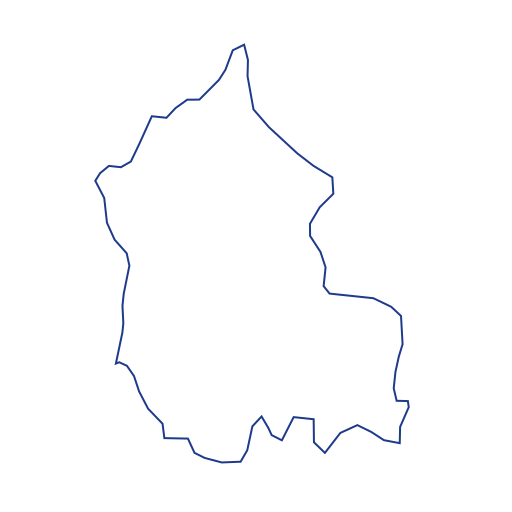 Pyeongtaek-si, Gyeonggi, South Korea (Natural Earth projection), rotated 96°
{"feature_id": "91817680B85680883794904", "entity_name": "Pyeongtaek-si", "entity_type": "district", "adm_level": 2, "iso_a3": "KOR", "parent_name": "South Korea", "parent_adm1": "Gyeonggi", "projection": "natural_earth1", "projection_center": [127.012, 37.017], "detail": "fine", "context": "isolated", "style": "outline", "palette": "blue", "viewbox_px": 512, "rotation_deg": 96, "n_neighbors": 0, "source": "geoboundaries", "source_scale": "gbopen_adm2", "svg_char_len": 1115}
<svg xmlns="http://www.w3.org/2000/svg" viewBox="0 0 512 512"><g transform="rotate(96 256 256)"><path d="M446.7,328.1L444.7,304.6L458.2,296.6L462.2,285.9L464.9,268.5L462.2,249.8L450.1,244.4L425.8,241.8L415.0,233.7L425.8,225.7L432.5,221.7L436.6,211.0L412.3,201.7L412.3,181.6L435.2,178.9L444.6,166.9L423.1,153.6L413.6,137.5L419.0,122.8L425.8,109.5L427.1,93.5L410.9,94.8L390.4,88.3L384.4,89.8L385.3,101.0L373.2,105.2L356.8,105.2L341.3,103.5L328.4,101.0L300.5,105.5L292.4,116.2L285.7,134.9L285.7,162.9L285.7,178.9L278.9,185.6L260.1,185.6L245.2,192.3L230.4,204.3L218.3,205.7L200.8,197.7L186.0,185.6L169.8,188.3L160.3,208.3L149.6,225.7L126.6,256.5L110.5,273.8L78.1,283.2L61.9,284.5L47.1,289.9L53.8,300.6L74.1,305.9L84.8,311.3L106.4,328.7L107.7,340.7L117.2,351.4L127.9,359.5L127.9,374.2L156.2,383.6L175.1,390.3L181.8,399.6L181.8,411.7L189.9,419.7L198.0,423.7L214.2,413.0L238.5,407.7L254.6,398.3L266.8,384.9L278.9,380.9L307.2,383.6L319.4,383.6L336.9,380.9L346.3,380.9L377.6,384.1L376.0,380.9L378.7,372.9L388.1,364.8L402.9,358.1L419.1,347.4L432.6,331.4L446.7,328.1Z" fill="none" stroke="#1e3a8a" stroke-width="2"/></g></svg>